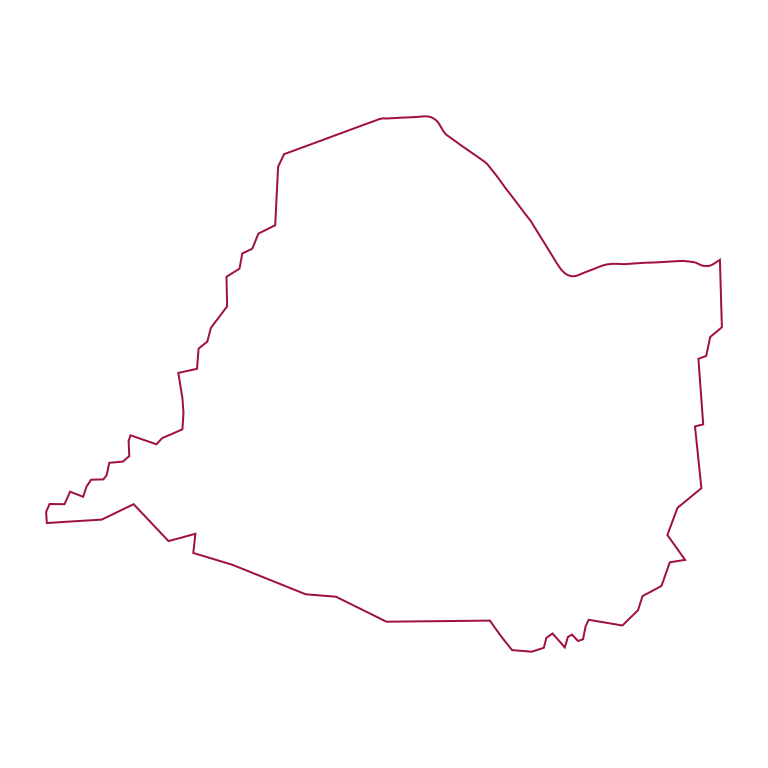 the district of Florencio Sánchez, Colonia, Uruguay
{"feature_id": "84410073B84166210474683", "entity_name": "Florencio Sánchez", "entity_type": "district", "adm_level": 2, "iso_a3": "URY", "parent_name": "Uruguay", "parent_adm1": "Colonia", "projection": "natural_earth1", "projection_center": [-57.354, -33.964], "detail": "fine", "context": "isolated", "style": "outline", "palette": "rose", "viewbox_px": 768, "rotation_deg": 0, "n_neighbors": 0, "source": "geoboundaries", "source_scale": "gbopen_adm2", "svg_char_len": 2183}
<svg xmlns="http://www.w3.org/2000/svg" viewBox="0 0 768 768"><path d="M195.4,533.8L193.3,553.0L231.8,564.6L305.7,594.3L335.9,596.7L386.4,621.7L489.9,620.6L494.6,627.3L502.7,638.4L512.1,650.1L531.7,651.7L543.8,647.8L546.4,637.8L552.5,633.5L559.2,641.0L564.8,647.4L567.9,637.0L572.0,634.6L578.0,641.0L583.0,639.3L585.6,626.4L588.7,619.8L622.4,625.5L638.1,610.1L642.5,596.1L661.5,585.9L669.8,562.3L685.1,559.9L667.4,535.0L677.5,507.8L701.4,488.2L695.0,426.4L703.2,424.4L698.4,358.8L706.2,355.9L710.2,337.0L721.9,327.2L719.9,259.8L714.1,263.6L712.4,264.6L711.0,265.3L709.3,265.8L707.6,266.0L703.0,265.8L700.7,265.0L698.3,263.9L697.1,263.3L695.5,262.6L693.5,262.1L691.2,261.8L685.1,261.1L683.4,261.0L680.2,261.0L675.7,261.2L666.7,261.8L654.1,262.5L646.3,262.7L635.0,263.4L624.2,264.2L616.3,263.8L611.8,263.9L607.7,264.3L603.9,265.1L599.7,266.6L594.1,268.9L588.0,271.2L582.6,273.3L578.3,275.1L575.6,276.1L573.3,276.3L570.6,276.0L568.2,275.2L565.4,273.7L563.0,271.5L560.8,269.1L556.9,263.4L548.2,249.2L539.0,234.4L533.2,225.0L530.6,220.8L524.3,212.8L515.7,201.3L505.6,188.2L496.5,175.7L489.6,167.0L487.0,163.8L484.2,161.5L475.3,155.2L461.1,145.4L449.5,137.0L447.5,135.6L446.3,134.7L445.2,133.5L444.4,132.5L443.4,131.2L442.6,129.9L441.8,128.5L440.6,126.4L439.3,124.4L438.8,123.4L438.2,122.5L437.1,121.2L435.5,119.8L434.2,118.9L432.7,118.0L431.0,117.2L429.1,116.7L427.6,116.5L426.5,116.4L424.9,116.3L423.0,116.4L417.8,116.9L416.6,116.9L413.5,117.2L411.8,117.2L408.6,117.4L408.0,117.4L402.6,117.6L401.2,117.7L388.6,118.4L385.9,118.5L383.2,118.3L382.7,118.3L382.3,118.5L381.9,118.6L381.4,118.7L380.9,118.8L380.3,118.9L379.8,119.0L379.3,119.1L372.9,121.5L365.1,124.3L359.7,126.3L290.6,151.8L284.1,154.1L278.1,166.8L275.2,225.2L258.4,233.6L252.3,248.7L242.3,253.5L239.5,268.6L226.5,276.8L227.1,306.4L210.9,327.9L207.3,341.6L198.6,348.6L197.0,368.8L178.3,372.9L182.4,398.0L183.5,412.9L182.4,429.3L162.1,438.2L156.4,444.3L130.5,435.3L128.6,440.9L129.3,456.1L122.9,461.6L109.3,462.8L106.7,475.1L103.4,479.4L91.1,479.7L86.6,486.4L83.1,496.8L70.1,491.7L64.5,504.2L49.6,504.0L46.1,511.9L46.8,523.0L101.7,519.6L133.6,504.2L168.5,541.1L195.4,533.8Z" fill="none" stroke="#9f1239" stroke-width="2"/></svg>